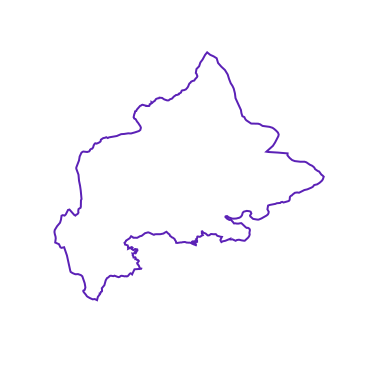 the district of Sopotu Nou, Caras-Severin, Romania, rotated 111°
{"feature_id": "2599482B45172043222340", "entity_name": "Sopotu Nou", "entity_type": "district", "adm_level": 2, "iso_a3": "ROU", "parent_name": "Romania", "parent_adm1": "Caras-Severin", "projection": "albers", "projection_center": [21.877, 44.803], "detail": "fine", "context": "isolated", "style": "outline", "palette": "violet", "viewbox_px": 384, "rotation_deg": 111, "n_neighbors": 0, "source": "geoboundaries", "source_scale": "gbopen_adm2", "svg_char_len": 6086}
<svg xmlns="http://www.w3.org/2000/svg" viewBox="0 0 384 384"><g transform="rotate(111 192 192)"><path d="M288.2,301.6L288.4,297.5L290.8,295.0L290.9,293.8L289.4,291.6L296.1,286.0L309.2,277.4L310.1,276.6L310.5,274.4L310.6,272.1L310.5,271.2L309.5,269.0L309.4,266.0L310.0,264.2L315.6,259.5L318.3,257.9L319.4,257.3L321.8,257.1L323.0,258.1L323.8,257.8L324.5,256.8L325.9,254.3L326.9,252.9L327.2,252.0L327.6,249.4L327.8,246.3L326.8,244.4L327.0,241.9L323.7,242.3L320.7,241.5L320.1,241.7L320.1,241.3L317.9,241.2L317.4,240.7L317.0,240.5L316.1,240.7L314.2,241.7L310.4,240.4L305.4,240.9L302.9,240.5L301.8,239.6L299.8,238.6L299.2,237.7L298.9,235.9L298.6,235.0L297.9,234.4L297.9,231.3L297.8,230.0L297.2,229.2L295.9,228.4L295.4,227.6L294.8,224.3L294.2,223.5L294.2,222.6L293.5,221.8L290.5,220.7L289.9,220.2L289.9,219.5L290.4,218.4L284.8,218.0L282.7,213.6L282.7,213.3L282.1,212.5L281.9,212.0L281.7,212.0L281.9,213.5L280.7,214.4L279.7,215.4L279.3,216.0L279.1,216.7L278.1,217.7L277.7,217.3L277.3,217.4L275.5,216.9L275.2,217.3L274.8,218.4L275.1,219.0L274.7,219.8L275.0,220.8L273.6,221.1L273.3,221.5L274.1,223.1L272.8,224.0L272.3,224.7L271.8,224.7L270.8,225.5L270.7,224.9L270.1,224.5L269.6,223.8L269.6,222.8L269.4,222.6L268.5,222.5L268.4,223.3L268.1,223.7L267.6,223.4L267.4,222.6L266.3,222.0L265.9,222.1L265.2,222.6L265.2,222.9L265.8,223.2L265.9,223.6L265.5,224.3L265.9,225.0L267.2,225.7L267.3,226.0L267.1,226.7L266.7,227.3L266.9,227.9L266.7,228.3L266.2,228.3L265.3,227.7L265.0,228.5L266.2,229.8L266.4,230.3L267.1,230.4L267.9,231.2L267.2,231.3L267.0,231.8L265.9,232.1L264.9,232.9L265.0,235.6L264.7,235.6L263.7,236.8L261.8,236.1L261.1,236.2L257.5,233.6L255.1,233.0L255.5,230.6L255.7,230.4L254.4,226.8L253.4,225.9L252.0,224.8L251.0,223.3L247.3,221.1L245.4,218.5L245.3,217.0L245.6,213.4L245.6,212.2L244.7,211.4L242.7,206.4L240.9,203.6L240.1,203.2L238.3,201.6L239.3,199.3L239.7,197.8L240.8,196.8L241.0,195.9L241.5,194.6L241.5,193.6L241.9,192.1L242.3,191.2L242.9,190.7L243.9,189.3L245.1,188.6L244.9,187.6L243.3,184.8L242.8,183.6L242.1,182.6L241.2,180.7L241.1,178.7L240.1,175.9L240.0,174.3L240.2,173.5L240.3,171.4L240.1,170.9L240.3,170.2L240.3,169.3L239.9,169.3L238.5,170.6L238.6,171.9L238.8,172.9L238.8,173.5L238.4,174.1L237.9,173.8L237.8,173.3L236.3,170.8L236.3,170.4L237.1,170.0L236.7,169.4L235.2,170.0L234.6,171.3L233.5,170.7L232.7,170.8L232.2,171.0L231.7,171.0L231.4,170.6L231.2,169.1L230.6,168.1L229.5,167.5L228.4,166.4L227.2,167.9L225.3,168.7L225.0,168.3L225.5,167.5L225.9,166.6L225.9,164.3L226.9,161.8L226.7,161.2L226.3,160.5L224.4,159.2L223.5,156.1L223.0,155.3L222.9,154.3L223.6,153.2L223.8,152.6L223.5,149.2L223.2,148.0L226.6,148.3L227.3,147.7L228.2,146.6L227.0,145.6L225.6,143.4L222.2,139.8L222.7,139.8L222.4,138.6L221.7,137.4L221.9,133.8L220.7,132.8L219.7,131.0L219.4,128.5L218.9,126.2L218.6,125.3L214.6,123.3L213.2,122.9L212.1,122.8L210.7,123.0L209.8,123.7L206.7,124.3L205.7,125.3L205.4,127.0L205.9,128.0L205.7,129.1L203.4,134.7L203.9,135.8L204.9,137.4L205.4,138.7L205.7,140.3L206.3,141.5L205.2,143.3L204.0,145.8L204.7,147.1L204.3,149.9L203.3,151.9L202.7,151.9L202.2,151.3L201.9,150.4L202.4,149.1L202.5,147.6L202.4,146.5L202.5,145.3L201.9,143.4L200.9,141.2L199.0,138.5L197.8,137.6L196.0,137.0L193.0,137.2L191.7,136.5L190.0,134.1L189.4,131.7L189.4,130.2L190.8,128.9L193.1,129.4L193.9,128.8L195.2,125.3L194.4,121.3L193.9,119.9L191.8,117.7L187.3,114.0L185.7,113.1L184.3,113.0L183.0,113.3L181.1,115.4L177.4,116.1L176.3,114.9L173.2,109.9L172.1,108.8L170.6,105.7L169.6,105.2L168.9,104.2L169.0,102.8L166.1,98.9L165.3,98.2L164.8,98.1L164.1,98.1L161.6,98.8L160.8,98.6L160.0,98.2L159.5,97.6L158.4,97.2L155.9,95.7L154.8,93.8L154.3,91.8L149.9,87.8L148.2,85.3L145.1,82.1L143.9,81.1L141.7,80.4L140.0,77.9L137.7,76.2L135.0,74.8L133.4,74.4L130.5,74.5L129.8,76.0L129.4,77.5L127.3,80.7L127.3,82.2L126.5,85.3L125.6,86.3L125.0,87.4L124.4,89.5L124.3,91.7L123.3,95.8L123.4,97.7L124.9,101.6L126.3,107.1L126.3,110.0L125.2,113.1L123.6,116.0L121.7,116.6L124.4,125.9L127.3,135.1L127.7,137.0L119.9,133.0L116.1,132.2L108.9,131.4L107.2,131.7L105.7,133.1L104.6,135.4L103.7,137.8L103.2,139.9L103.4,143.0L105.0,149.7L104.8,151.1L104.4,152.4L104.5,154.6L106.9,161.3L105.6,167.0L104.9,168.3L103.3,170.0L103.2,172.1L100.7,174.1L97.9,175.7L88.8,185.0L84.5,187.3L80.5,190.1L78.4,192.3L76.6,194.8L73.2,197.9L69.5,200.8L66.3,205.0L64.5,209.5L62.2,213.9L58.3,216.9L57.6,220.5L57.4,224.2L56.2,227.9L59.3,228.9L64.6,229.6L68.1,230.6L72.1,230.4L75.6,231.9L79.5,231.1L80.1,230.1L81.9,228.5L83.0,228.5L85.8,229.6L87.1,229.8L88.1,231.2L89.4,232.4L90.5,232.6L91.4,233.2L92.3,233.4L94.5,233.4L96.0,233.6L98.4,234.5L99.9,236.1L100.1,236.7L100.9,237.8L101.8,238.0L103.0,237.9L103.8,238.4L104.9,239.5L105.5,239.3L106.8,240.8L107.1,241.6L109.5,243.2L111.9,244.1L113.6,246.0L114.8,246.6L115.4,248.0L115.5,251.2L114.9,253.6L115.6,256.3L116.3,256.5L117.0,257.8L117.8,258.6L118.3,259.0L120.2,259.4L121.9,260.6L123.1,261.1L123.1,261.5L122.8,262.1L124.0,261.8L125.2,262.5L125.3,262.9L126.7,262.7L127.1,262.9L127.6,264.1L127.8,265.3L128.0,265.3L128.2,265.8L128.0,266.5L128.3,269.5L128.7,270.0L129.6,270.6L130.2,271.3L134.8,273.0L136.4,273.1L137.1,274.0L138.9,273.7L140.0,273.8L143.1,273.3L143.3,272.9L144.0,272.4L144.2,271.8L144.1,271.1L144.3,270.6L146.0,268.5L146.7,267.2L149.2,263.7L150.4,262.7L152.6,262.5L154.1,263.4L154.6,264.0L156.9,266.8L159.2,269.9L160.1,272.6L162.1,276.1L163.4,278.9L166.7,282.3L170.7,289.0L171.8,290.0L171.6,291.7L172.5,292.6L173.5,294.2L175.8,295.8L177.5,295.5L178.8,296.2L180.5,297.8L181.1,298.6L181.0,299.3L181.6,300.1L183.7,300.5L185.8,300.3L187.3,300.7L187.8,301.5L189.0,302.3L189.8,302.2L191.0,302.6L192.2,304.2L193.2,308.0L193.7,308.5L194.9,309.3L199.1,309.6L203.0,308.8L210.6,308.8L211.7,308.4L216.5,304.2L222.0,301.5L226.2,298.8L230.5,296.4L238.2,292.6L239.5,292.7L245.6,290.5L246.7,290.4L247.8,291.3L248.7,291.8L250.5,291.4L252.0,290.6L253.7,291.0L254.6,291.9L255.8,292.4L255.6,293.7L252.3,300.1L253.2,301.3L258.2,301.8L259.7,302.5L259.9,304.3L260.9,305.3L264.8,304.4L268.0,304.2L272.3,305.7L276.7,306.5L278.6,306.1L280.6,304.9L282.4,303.5L284.1,302.6L288.2,301.6Z" fill="none" stroke="#5b21b6" stroke-width="2"/></g></svg>